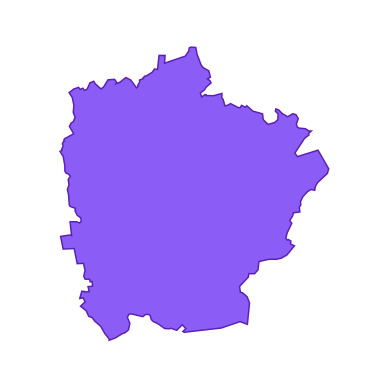 outline of Kilkenny Lea-7, Kilkenny, Ireland, rotated 77°
{"feature_id": "5873133B31102930937386", "entity_name": "Kilkenny Lea-7", "entity_type": "district", "adm_level": 2, "iso_a3": "IRL", "parent_name": "Ireland", "parent_adm1": "Kilkenny", "projection": "mercator", "projection_center": [-7.278, 52.671], "detail": "fine", "context": "isolated", "style": "filled", "palette": "violet", "viewbox_px": 384, "rotation_deg": 77, "n_neighbors": 0, "source": "geoboundaries", "source_scale": "gbopen_adm2", "svg_char_len": 2801}
<svg xmlns="http://www.w3.org/2000/svg" viewBox="0 0 384 384"><g transform="rotate(77 192 192)"><path d="M111.4,304.2L112.5,305.1L113.8,305.0L113.7,305.7L115.9,307.5L118.1,307.1L121.1,309.4L122.3,309.3L122.7,311.5L128.4,309.5L137.9,310.0L143.1,311.2L145.5,310.3L146.2,308.9L149.2,306.8L151.9,309.8L157.5,310.3L161.6,312.9L167.1,312.9L177.0,314.5L178.6,314.0L181.7,309.3L183.9,310.2L185.8,309.8L189.0,309.0L191.9,306.4L195.2,306.3L196.9,308.4L195.0,311.2L193.6,317.5L207.4,319.1L206.5,320.1L205.7,330.0L218.6,330.4L220.6,319.5L236.0,320.0L237.1,313.8L244.3,313.8L249.7,316.4L252.9,315.8L253.9,311.5L256.7,311.4L256.8,309.4L261.4,310.1L260.8,314.6L266.6,314.5L265.7,315.0L265.4,319.1L264.8,319.0L263.9,321.7L270.5,325.3L270.8,321.8L275.0,320.9L278.2,326.3L284.0,321.8L290.0,320.6L291.9,317.5L295.9,315.8L302.3,311.2L310.5,308.7L316.7,305.7L317.8,306.1L316.9,299.2L314.4,292.1L314.1,288.9L312.0,284.9L306.0,282.1L299.6,283.2L297.1,281.2L296.9,279.0L302.4,267.9L300.8,264.5L301.8,261.4L302.8,260.6L307.2,260.3L309.4,259.0L312.6,254.9L318.9,249.3L320.3,244.5L320.0,243.2L323.3,238.0L319.2,231.4L323.6,228.7L325.9,232.3L326.9,231.2L331.1,194.1L329.1,174.4L333.4,167.8L313.0,160.9L306.5,161.9L301.5,165.5L300.6,167.4L294.7,166.9L287.7,156.4L284.4,154.9L285.7,149.4L282.7,145.2L274.8,142.4L274.9,131.9L276.5,125.0L276.6,119.9L274.7,113.7L267.5,104.3L264.7,107.8L262.0,106.7L260.0,108.8L260.3,110.0L258.2,111.1L253.0,108.3L244.9,101.8L241.9,103.2L237.8,99.2L235.1,97.9L235.7,91.4L230.7,90.8L229.3,89.0L225.7,88.4L221.4,84.9L217.9,79.8L216.3,75.7L217.9,72.0L214.4,70.6L211.0,67.4L204.4,56.0L200.2,53.6L179.6,59.8L181.2,81.4L177.2,83.0L165.0,70.2L162.7,65.2L161.1,65.1L159.4,62.1L158.9,64.2L155.8,67.3L153.8,73.4L152.0,75.0L149.3,75.0L144.4,72.0L140.0,73.3L138.4,76.2L140.2,81.8L135.9,86.4L131.6,89.0L129.9,91.6L132.1,92.6L135.2,90.5L140.8,92.1L142.8,95.7L143.3,102.7L137.5,106.3L131.7,105.7L126.9,114.5L120.3,119.2L121.5,120.8L118.7,124.2L120.7,126.2L120.1,128.0L114.5,134.6L115.5,137.4L115.4,140.6L109.0,140.8L106.9,141.8L102.7,140.7L103.0,149.5L101.3,156.2L100.4,156.3L100.0,157.5L101.6,161.2L97.5,161.6L95.3,156.9L92.9,154.4L90.0,148.9L87.5,149.5L85.3,151.5L84.2,148.2L77.6,148.4L73.8,152.7L70.7,154.5L58.6,156.1L52.0,155.8L50.6,160.5L51.0,162.3L54.1,163.6L58.1,168.0L60.3,189.8L52.9,187.5L51.5,193.4L64.8,198.0L63.7,200.9L66.5,204.0L68.7,210.9L68.4,211.7L70.0,214.3L70.7,214.3L71.1,217.9L73.0,218.2L76.0,220.9L76.9,220.7L78.1,222.6L69.1,226.5L65.6,230.7L68.8,237.5L69.4,241.6L68.5,240.6L64.8,242.1L63.8,248.6L69.8,254.5L71.1,257.5L64.8,261.9L62.0,262.8L62.6,266.8L68.0,270.9L68.9,274.0L66.3,275.0L66.9,277.9L64.5,279.0L65.1,284.2L67.6,289.4L73.1,287.4L81.0,287.6L87.7,289.8L92.9,289.1L96.7,291.8L97.6,294.2L100.5,296.7L108.7,294.2L111.4,304.2Z" fill="#8b5cf6" stroke="#5b21b6" stroke-width="1.5"/></g></svg>